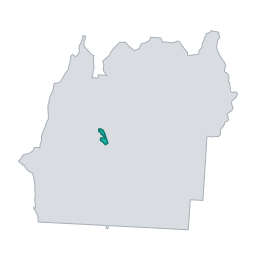 location of Um Bada, Khartoum, Sudan, rotated 183°
{"feature_id": "16777658B32712127220798", "entity_name": "Um Bada", "entity_type": "district", "adm_level": 2, "iso_a3": "SDN", "parent_name": "Sudan", "parent_adm1": "Khartoum", "projection": "natural_earth1", "projection_center": [32.183, 16.117], "detail": "fine", "context": "in_parent", "style": "filled", "palette": "teal", "viewbox_px": 256, "rotation_deg": 183, "n_neighbors": 0, "source": "geoboundaries", "source_scale": "gbopen_adm2", "svg_char_len": 4771}
<svg xmlns="http://www.w3.org/2000/svg" viewBox="0 0 256 256"><g transform="rotate(183 128 128)"><path d="M178.0,217.7L175.6,217.7L175.3,217.1L175.3,215.3L175.6,213.9L176.5,211.7L176.3,210.5L176.4,208.8L175.8,206.9L170.0,201.4L168.9,199.9L165.7,198.5L166.3,196.9L165.0,185.6L165.6,184.3L165.8,182.3L165.8,180.5L166.5,177.6L166.6,176.4L160.5,176.3L160.4,177.6L160.7,179.0L160.7,179.5L152.1,179.6L155.6,184.0L155.7,186.0L155.5,188.4L155.6,189.9L155.8,191.0L156.7,193.0L156.6,193.3L156.4,193.8L150.3,199.7L149.3,202.5L148.5,203.9L146.8,206.3L141.2,212.7L140.3,213.1L136.1,213.3L135.7,213.5L135.3,213.8L135.2,213.7L131.6,210.0L125.5,205.5L121.5,207.8L120.4,208.7L120.3,210.8L119.7,211.9L118.6,213.1L115.7,213.9L114.1,214.5L112.3,215.7L110.5,217.8L110.3,218.8L110.5,219.8L100.3,219.7L99.6,219.0L98.1,215.6L97.1,215.8L87.7,215.4L86.4,215.8L83.7,217.2L82.4,217.4L81.0,216.8L76.1,210.2L75.0,209.4L73.9,207.8L72.9,207.1L72.5,206.6L72.4,205.9L72.5,204.5L72.1,203.6L71.3,203.4L64.7,204.9L63.8,204.7L62.4,205.0L61.9,205.3L61.4,206.1L61.2,207.9L61.1,208.8L60.6,209.8L58.7,212.1L58.2,213.0L58.3,215.5L58.2,216.7L57.9,217.3L57.1,218.3L56.8,218.8L56.4,222.0L55.4,223.9L55.1,224.5L55.1,225.9L54.9,226.3L51.9,227.4L50.8,228.1L50.1,229.2L49.9,229.7L48.6,229.3L47.0,229.0L43.9,228.7L42.7,228.2L42.1,227.4L42.3,225.5L42.0,225.1L41.5,224.7L41.1,223.9L41.2,222.9L42.9,220.7L43.2,219.5L43.7,214.0L43.6,212.3L42.3,209.2L39.3,203.8L38.6,202.8L34.9,198.4L34.5,197.7L33.6,195.9L34.6,191.8L34.7,190.7L34.4,189.5L33.5,188.6L32.6,188.5L31.6,187.4L30.8,186.9L30.2,186.0L29.8,184.6L30.1,179.8L29.9,179.2L29.0,179.0L28.7,178.6L28.8,177.7L28.3,175.0L27.7,172.7L28.1,171.5L27.3,169.8L25.8,169.0L22.8,169.6L21.8,169.5L21.2,169.2L20.8,168.5L20.5,167.8L20.8,166.7L21.6,164.6L22.7,163.0L24.9,161.4L25.5,160.6L25.8,159.7L25.9,158.7L25.7,157.6L25.5,156.6L24.9,155.3L24.3,153.7L24.3,152.7L24.6,151.9L25.2,151.0L27.3,149.2L29.5,147.7L29.9,147.2L29.8,146.6L28.8,145.4L28.5,143.0L28.0,141.4L29.1,140.1L29.9,139.7L31.2,139.3L31.7,138.8L31.9,137.8L31.8,136.9L32.3,136.2L32.9,134.7L33.4,134.0L35.1,132.2L35.5,131.1L35.6,130.0L35.2,126.6L36.2,125.2L37.4,124.1L39.2,124.2L41.9,123.9L43.8,123.4L45.1,123.5L48.2,124.1L48.5,123.8L48.7,122.9L49.4,59.6L61.9,59.6L62.1,59.5L62.5,29.5L141.2,29.5L141.9,29.4L143.1,26.6L143.7,26.3L144.5,26.5L144.7,27.2L144.1,29.5L212.9,29.4L213.0,32.9L213.6,35.6L215.6,39.5L217.3,41.6L217.9,42.8L217.9,43.4L217.9,43.9L217.4,43.3L216.5,42.9L216.4,44.7L216.8,48.5L217.5,51.1L217.1,53.6L217.2,57.7L218.1,62.6L217.9,65.8L219.4,73.2L220.9,77.2L221.6,78.2L222.5,78.8L224.2,79.1L226.6,81.2L228.6,83.4L229.3,84.6L230.2,85.8L230.9,85.6L231.3,85.3L231.9,86.3L235.0,88.5L235.5,89.5L234.4,90.5L233.1,92.2L232.5,93.8L232.2,94.3L231.2,95.3L231.0,95.8L230.5,96.1L230.1,96.1L229.0,96.7L228.1,96.5L227.1,96.8L226.8,97.2L226.0,97.5L225.0,97.7L223.4,99.1L222.0,99.7L221.5,100.3L220.8,103.0L220.3,103.7L218.2,103.7L217.2,104.0L215.8,103.7L215.2,103.7L215.0,104.3L214.8,106.6L214.8,107.6L213.7,110.2L214.0,115.2L212.9,118.9L212.8,119.7L211.6,122.6L211.1,123.7L209.7,129.2L209.1,130.9L207.9,132.7L209.2,145.8L208.2,149.8L208.2,152.0L207.5,155.3L207.0,156.8L206.1,158.6L205.3,160.6L204.6,163.3L204.2,168.3L204.0,168.8L200.3,169.4L199.1,169.7L198.4,170.3L197.4,171.6L195.5,175.2L194.6,177.3L193.0,180.3L191.2,182.4L190.8,183.4L190.6,185.3L189.9,188.4L189.3,190.5L189.4,192.2L188.8,195.2L188.9,196.7L188.3,197.5L187.5,198.3L186.9,198.5L184.3,196.5L182.5,197.8L181.4,199.8L180.5,201.7L181.0,205.9L181.0,206.8L180.7,207.8L179.0,211.9L178.5,213.7L178.0,216.9L178.0,217.7Z" fill="#d9dde1" stroke="#a8b0b8" stroke-width="1"/><path d="M147.4,111.7L147.4,111.9L147.5,112.1L147.6,112.3L147.8,112.7L147.9,113.1L148.2,114.0L148.4,114.5L148.8,115.5L149.0,115.9L149.4,117.1L149.6,117.5L150.0,118.5L150.1,119.0L150.5,120.1L150.7,120.4L150.8,120.7L150.9,121.1L151.1,121.5L151.3,122.0L151.6,122.5L152.3,123.5L152.5,123.8L152.6,124.2L152.9,124.2L153.1,124.4L153.4,124.6L153.6,124.8L154.3,125.3L154.7,125.5L154.8,125.5L155.2,125.6L156.2,125.6L156.3,125.5L156.5,125.4L156.6,125.5L156.8,125.5L156.8,125.4L157.0,125.4L157.1,125.2L157.1,124.9L157.1,124.7L157.1,124.4L157.1,124.2L156.9,124.2L156.8,123.8L156.7,123.1L156.8,123.0L156.8,122.9L156.6,122.8L156.4,122.9L155.9,122.9L155.7,122.6L155.6,122.3L155.5,122.2L155.3,122.1L154.8,121.3L154.4,120.6L154.0,120.0L153.8,120.0L153.6,120.0L153.5,120.3L153.2,120.3L152.6,119.2L152.4,118.6L151.6,118.4L150.4,117.9L149.7,117.4L149.6,116.9L149.5,116.4L150.7,116.4L152.6,116.7L154.6,116.6L154.7,116.4L154.8,115.7L154.8,113.9L154.7,113.8L154.3,113.8L153.9,113.7L153.6,113.7L153.4,113.6L152.4,112.7L151.5,111.8L151.3,111.6L151.1,111.4L150.6,111.0L150.4,110.8L150.0,110.4L149.8,110.2L149.7,110.2L148.5,111.0L147.8,111.4L147.4,111.7L147.4,111.7Z" fill="#14b8a6" stroke="#0f766e" stroke-width="1.5"/></g></svg>